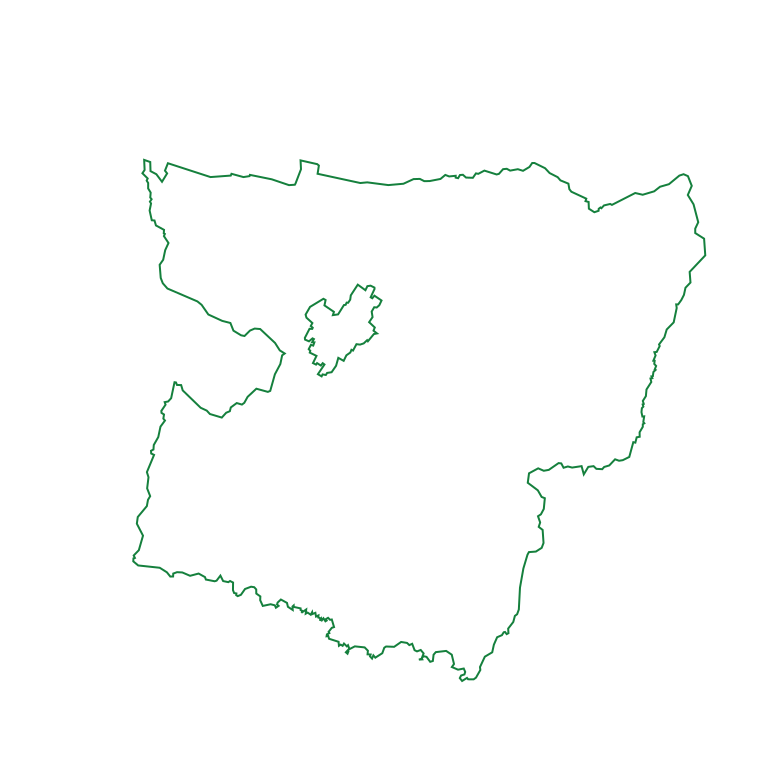 the district of Blitar, Jawa Timur, Indonesia, rotated 13°
{"feature_id": "22746128B45235083091424", "entity_name": "Blitar", "entity_type": "district", "adm_level": 2, "iso_a3": "IDN", "parent_name": "Indonesia", "parent_adm1": "Jawa Timur", "projection": "robinson", "projection_center": [112.215, -8.132], "detail": "fine", "context": "isolated", "style": "outline", "palette": "green", "viewbox_px": 768, "rotation_deg": 13, "n_neighbors": 0, "source": "geoboundaries", "source_scale": "gbopen_adm2", "svg_char_len": 6167}
<svg xmlns="http://www.w3.org/2000/svg" viewBox="0 0 768 768"><g transform="rotate(13 384 384)"><path d="M537.8,651.6L539.7,649.4L542.2,641.0L541.2,638.2L543.6,627.0L549.8,621.1L549.7,613.3L551.2,605.3L555.4,602.2L556.5,599.0L557.7,598.4L559.8,600.1L561.3,598.8L560.0,594.4L563.5,586.8L563.7,580.5L565.5,578.4L566.1,573.4L562.3,551.8L561.3,532.4L562.2,518.1L563.0,515.2L569.7,513.1L574.5,508.2L575.2,503.0L571.4,490.5L566.9,488.4L567.3,483.8L563.8,478.2L566.2,475.7L567.8,469.8L566.4,459.1L563.0,458.6L557.8,453.0L546.3,447.9L545.4,438.4L553.2,431.5L559.2,432.6L563.9,430.6L571.9,421.8L574.6,421.5L577.8,425.2L581.7,423.0L586.1,423.1L595.0,419.6L599.0,427.1L601.7,418.8L606.7,416.9L610.0,418.9L615.8,417.9L617.2,415.3L621.8,412.7L626.1,405.4L630.3,405.9L633.8,404.5L639.4,399.9L640.0,384.6L642.1,384.6L642.2,379.1L645.0,377.9L643.9,373.5L645.8,367.5L645.2,365.0L646.5,363.7L645.2,362.7L644.8,357.0L643.1,357.6L641.2,353.5L640.7,349.5L641.8,347.7L640.6,345.7L641.6,345.0L640.0,342.3L641.9,336.9L641.0,330.3L644.0,321.9L642.4,318.7L644.1,318.0L642.9,316.4L644.2,315.9L643.8,311.7L645.4,309.3L644.5,309.1L645.1,305.2L642.8,303.6L642.5,300.5L641.2,300.7L642.2,295.1L640.3,292.2L642.5,291.4L644.1,285.0L643.1,283.6L646.7,275.4L647.2,267.3L652.4,258.8L652.1,244.1L650.8,240.7L652.7,240.3L654.8,235.3L656.2,229.7L656.1,222.4L659.8,216.2L656.6,206.0L668.1,186.4L663.2,170.4L653.3,166.9L652.3,162.6L653.8,155.7L645.2,139.3L637.5,131.5L639.3,121.7L633.4,113.1L628.7,112.2L624.9,114.5L616.7,125.2L608.6,129.7L603.9,135.5L593.5,141.4L585.8,141.4L565.8,158.2L563.9,157.7L558.2,160.5L556.3,163.8L555.2,163.3L553.8,165.0L554.1,167.0L550.3,169.3L544.2,167.1L542.4,160.6L539.2,160.5L539.4,157.9L523.3,154.5L520.8,152.5L518.6,147.3L510.1,145.9L506.7,143.4L497.9,141.2L492.4,137.5L480.9,134.8L478.7,135.3L476.9,139.8L471.5,145.0L466.1,144.6L458.9,147.7L455.2,146.7L451.7,147.9L448.7,153.4L446.6,154.5L433.8,153.5L428.6,158.0L426.2,158.1L424.2,163.1L417.5,164.4L413.8,162.4L411.0,163.3L409.9,166.8L407.4,166.8L407.0,165.0L400.8,167.1L396.7,166.5L392.9,171.5L382.8,176.0L377.6,177.3L372.8,176.1L366.7,177.7L357.9,184.5L343.5,189.2L322.3,191.3L315.7,193.5L272.0,194.1L271.4,185.8L269.5,184.8L252.4,184.9L254.8,193.4L252.7,208.5L252.3,209.9L246.7,211.6L228.6,209.8L206.3,210.4L206.2,211.7L200.5,214.0L188.1,213.5L187.8,215.4L168.4,221.4L123.8,217.5L122.6,225.4L125.3,227.6L122.2,236.9L115.0,230.8L108.6,229.1L106.3,220.3L99.9,219.6L102.6,229.3L101.2,233.0L107.5,236.9L107.0,239.2L109.0,241.2L110.2,246.5L113.6,250.0L114.3,254.9L116.0,256.2L114.9,259.0L116.4,260.5L116.6,267.7L120.9,276.7L123.6,276.3L126.1,280.8L135.0,283.3L135.5,286.7L136.7,287.1L136.3,289.4L142.3,295.1L140.7,302.8L140.9,312.6L138.6,318.3L142.6,330.9L145.8,335.6L151.5,339.7L183.6,345.5L188.5,347.9L197.2,355.8L212.2,358.9L220.6,359.1L225.3,365.9L233.8,368.7L237.3,368.6L241.4,362.1L245.5,359.1L251.0,358.3L268.6,368.5L274.9,374.7L280.4,376.6L278.3,379.0L278.5,387.9L275.5,399.1L274.7,416.3L272.6,417.8L260.7,417.3L254.0,427.2L252.1,433.8L250.2,436.0L244.8,435.7L240.0,441.3L239.9,445.2L236.7,447.5L233.5,453.2L221.1,452.4L217.3,449.8L210.7,448.4L189.3,435.5L186.6,430.7L182.5,431.5L181.0,429.3L179.5,429.4L179.8,445.7L177.6,449.6L174.4,451.0L175.8,453.3L173.1,460.3L173.7,462.2L176.5,463.2L176.8,467.4L178.8,468.9L175.8,475.8L176.0,486.5L173.4,495.2L174.1,499.7L172.0,501.5L172.8,504.1L175.9,504.8L172.8,523.2L175.5,527.8L176.7,539.0L181.4,545.9L180.1,549.9L180.4,556.3L174.0,569.0L174.6,575.7L183.3,586.0L182.5,601.1L178.7,607.4L180.4,609.5L179.1,610.3L179.6,613.2L185.3,616.1L206.8,613.5L214.8,616.3L219.1,619.7L221.8,619.0L221.3,616.1L224.7,613.9L229.9,613.0L238.2,614.5L246.0,610.4L253.0,612.4L254.4,614.6L263.4,614.3L265.1,613.3L267.7,607.5L271.6,612.2L276.9,612.1L278.3,610.6L281.6,611.4L283.2,618.8L285.0,621.4L287.3,621.3L287.5,623.0L289.2,623.6L292.0,621.6L294.7,615.0L300.1,611.4L303.3,611.2L305.7,612.9L306.7,616.9L311.3,618.8L312.0,622.5L315.8,627.5L323.1,624.1L327.4,624.2L329.0,626.3L331.2,623.9L329.4,622.9L329.5,620.9L332.0,617.2L338.7,619.1L340.5,622.7L345.9,624.7L344.9,621.4L345.8,620.1L346.2,621.5L353.2,621.4L353.6,623.0L355.7,623.5L355.0,625.5L358.9,621.2L359.4,625.4L361.0,623.9L364.5,625.3L365.3,622.4L366.1,624.2L368.6,622.4L370.1,625.9L372.2,624.2L372.5,626.3L374.8,626.6L374.8,629.1L375.6,626.5L376.7,628.1L377.7,625.9L380.3,628.4L381.3,627.4L380.0,626.4L382.1,624.4L384.5,625.9L386.1,625.2L390.0,632.1L388.0,633.3L385.8,637.9L386.8,639.0L384.7,640.8L384.8,642.7L386.3,642.0L387.8,644.6L397.7,645.4L399.0,649.2L400.4,647.7L402.6,648.4L403.4,645.9L406.8,648.0L407.7,646.6L410.0,650.1L414.6,646.2L424.4,645.0L428.3,647.5L428.8,651.1L431.8,650.6L431.6,652.5L434.1,654.2L434.7,650.8L437.1,652.6L442.9,646.7L443.6,640.9L445.1,639.3L453.0,637.8L458.7,631.5L464.7,631.1L467.4,632.7L469.9,630.8L473.7,636.5L476.3,637.1L479.6,634.9L483.2,637.6L482.6,641.9L484.2,640.3L486.8,640.3L491.5,644.3L493.9,642.9L493.2,636.6L494.8,633.6L504.6,630.1L510.9,632.5L515.2,641.1L513.8,644.5L520.4,645.7L525.7,643.3L527.9,646.3L527.7,648.9L524.7,650.7L524.0,653.5L526.9,655.8L531.0,651.7L532.4,652.8L537.8,651.6ZM348.8,291.2L353.0,292.2L353.4,293.5L351.5,302.5L353.3,303.1L354.8,300.1L362.8,303.2L361.7,308.3L359.7,311.1L357.2,311.4L355.7,316.2L357.8,321.4L355.6,327.1L362.3,331.0L361.8,334.4L365.8,336.3L362.9,337.6L358.7,346.0L357.7,345.1L355.1,349.0L351.8,351.0L348.2,351.4L346.3,358.4L344.6,358.0L344.1,360.9L340.9,364.5L339.5,370.5L333.6,368.8L333.2,377.0L330.3,384.3L326.1,386.0L325.3,388.3L322.0,388.5L321.5,390.6L317.4,389.3L321.6,378.4L319.6,377.5L318.3,380.2L314.1,378.7L313.4,380.4L310.1,379.6L311.9,371.8L304.6,370.1L304.7,368.2L302.8,367.0L304.0,362.3L306.4,362.5L306.8,359.1L304.6,359.5L305.6,356.0L304.1,355.6L301.3,359.3L297.1,358.5L296.5,356.9L299.0,347.0L301.7,346.4L301.9,345.2L299.6,344.0L300.5,340.7L293.5,336.8L292.0,334.0L294.6,325.5L305.8,314.6L308.2,315.3L308.3,320.8L319.0,325.0L318.7,328.4L323.6,326.5L327.2,316.1L328.8,315.5L329.3,313.1L330.8,312.9L332.1,309.4L331.7,305.1L336.1,293.1L344.8,296.8L345.8,292.4L348.8,291.2ZM480.0,644.7L483.3,643.7L482.8,643.0L480.0,644.7ZM409.1,655.0L409.5,652.5L408.7,651.4L407.2,654.0L409.1,655.0Z" fill="none" stroke="#15803d" stroke-width="2"/></g></svg>